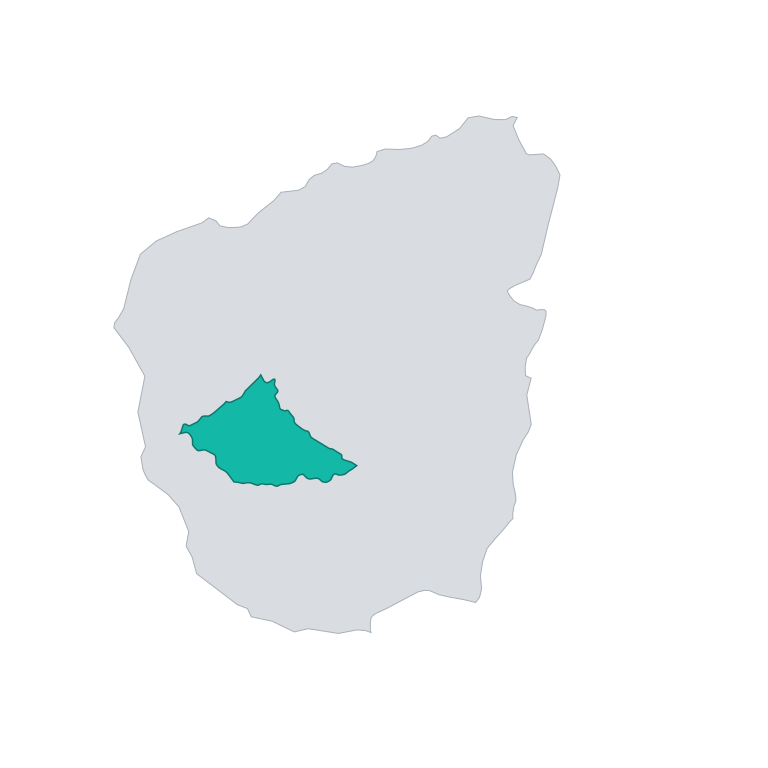 Florida on a map of Uruguay (orthographic projection), rotated 61°
{"feature_id": "URY-18", "entity_name": "Florida", "entity_type": "Department", "adm_level": 1, "iso_a3": "URY", "parent_name": "Uruguay", "parent_adm1": "", "projection": "orthographic", "projection_center": [-55.814, -33.776], "detail": "fine", "context": "in_parent", "style": "filled", "palette": "teal", "viewbox_px": 768, "rotation_deg": 61, "n_neighbors": 0, "source": "natural_earth", "source_scale": "10m", "svg_char_len": 4996}
<svg xmlns="http://www.w3.org/2000/svg" viewBox="0 0 768 768"><g transform="rotate(61 384 384)"><path d="M595.1,515.8L590.7,519.7L585.9,527.0L580.1,544.7L561.3,568.9L557.3,582.7L537.3,596.8L523.3,612.9L514.2,612.3L506.0,619.2L459.1,639.8L442.3,635.7L429.9,635.7L418.4,626.3L392.1,622.9L375.6,626.6L353.4,636.9L346.7,636.8L341.9,636.2L329.9,632.0L323.3,623.0L289.1,612.8L261.3,589.4L228.7,589.4L203.8,592.9L199.9,589.9L197.2,583.8L191.9,575.1L169.9,554.6L152.4,534.2L148.5,513.8L150.3,491.5L154.8,465.0L153.7,456.7L159.9,451.9L166.2,450.8L172.1,443.8L177.2,433.4L178.0,425.6L173.5,411.2L170.1,391.1L166.4,381.1L173.0,365.1L173.2,357.3L169.0,350.6L167.7,343.7L169.4,336.5L168.9,329.6L166.2,323.1L168.0,317.6L174.4,313.1L179.1,306.4L182.1,297.4L183.6,290.5L183.5,285.8L181.5,281.4L177.4,277.3L179.1,269.0L186.6,256.4L191.3,245.3L193.4,235.6L193.1,227.9L190.4,222.0L191.5,218.0L196.2,215.8L198.2,209.5L197.2,194.0L192.0,181.3L195.6,171.1L206.2,159.2L211.7,149.6L212.1,142.4L215.4,138.2L220.7,145.9L236.1,147.7L251.6,147.8L254.1,145.8L260.1,132.9L268.1,129.2L276.8,128.2L286.4,128.7L296.7,137.0L325.6,164.4L346.8,183.5L353.2,192.5L358.8,199.2L363.0,205.5L361.3,221.9L361.5,229.1L362.5,231.1L367.3,231.3L374.4,230.1L380.4,226.6L385.1,221.4L389.7,217.1L393.4,214.8L394.7,211.3L396.8,207.7L399.0,207.0L403.2,209.6L413.0,219.0L420.5,227.7L422.4,232.7L425.3,237.8L428.4,242.4L430.5,246.8L437.9,252.5L445.3,256.2L450.3,252.5L462.9,264.5L490.7,274.8L495.7,280.8L500.4,289.5L510.0,302.5L523.3,314.4L534.0,319.5L544.3,322.5L550.1,325.2L554.0,329.7L560.2,334.6L564.2,336.5L565.4,340.8L569.3,350.3L573.4,362.3L577.8,373.5L587.6,384.3L598.7,392.8L610.3,397.8L616.8,403.8L619.5,409.8L611.4,418.6L602.5,429.6L594.8,438.2L586.9,444.2L584.2,448.4L582.3,455.0L581.6,489.9L580.7,502.9L581.2,506.3L582.2,508.7L587.0,512.2L592.8,515.3L595.1,515.8Z" fill="#d9dde1" stroke="#a8b0b8" stroke-width="1"/><path d="M429.1,456.8L430.1,456.3L431.3,455.5L436.2,450.8L437.7,449.8L442.2,447.4L443.0,453.1L443.1,456.8L443.9,461.6L443.8,462.6L443.4,464.0L442.4,466.5L441.8,467.6L441.2,468.3L439.9,469.2L439.5,469.6L439.2,470.0L438.9,470.6L438.8,471.2L438.9,472.3L439.1,473.0L440.8,475.3L441.4,476.1L441.9,477.0L442.1,477.6L442.2,478.1L442.2,480.1L442.1,481.5L441.8,482.3L441.4,483.2L440.3,484.5L439.8,485.1L439.3,485.4L436.3,486.5L435.3,487.0L434.6,487.5L434.3,487.8L434.2,487.9L434.0,488.1L433.6,488.9L433.0,490.1L431.4,494.5L431.0,495.2L430.1,496.1L429.5,496.6L428.9,497.0L427.9,497.4L425.1,498.1L424.1,498.5L423.7,498.8L423.3,499.4L423.0,500.2L422.6,501.9L422.6,502.8L422.7,503.6L422.9,504.1L423.1,504.6L425.3,508.1L425.6,508.6L425.7,509.1L425.9,509.7L425.9,510.4L425.9,511.0L425.6,513.8L425.3,515.1L422.3,521.9L421.9,523.0L421.7,526.5L421.4,527.3L420.9,528.0L419.8,529.0L418.0,530.2L417.2,530.9L416.9,531.2L416.2,532.6L415.0,535.4L414.1,536.7L413.1,537.8L412.5,538.6L412.0,539.3L411.7,540.7L411.7,541.5L411.7,542.1L411.6,542.7L411.4,543.3L411.1,543.9L410.5,544.6L406.2,548.3L405.2,549.4L404.8,550.1L404.3,551.0L403.5,552.8L402.9,554.7L402.6,555.5L401.9,556.4L399.5,559.0L396.9,562.7L385.9,564.2L383.5,565.0L377.6,568.7L376.8,569.0L375.8,569.2L373.8,569.5L372.8,569.5L372.1,569.4L367.5,567.1L365.7,566.5L364.5,566.5L363.7,566.5L355.8,571.7L355.0,572.4L354.5,573.1L354.2,573.6L353.1,577.0L352.4,578.5L351.7,579.3L350.8,579.7L346.4,580.7L345.0,580.8L344.0,580.7L340.1,578.6L339.1,578.2L338.2,578.1L337.0,578.0L334.3,578.2L332.9,578.6L331.7,579.1L330.9,579.6L330.0,581.3L328.5,586.7L327.8,585.3L327.4,584.7L322.5,579.5L322.3,579.0L322.3,578.3L322.7,577.4L323.1,576.8L323.6,576.5L325.2,575.6L325.6,575.2L325.9,574.8L326.2,574.3L326.4,573.3L326.7,566.3L326.6,565.3L326.2,563.7L324.5,559.6L324.4,559.1L324.4,558.4L324.6,557.6L324.8,557.0L326.7,553.6L326.9,553.1L327.1,552.2L327.1,551.0L326.7,546.7L324.0,533.9L322.8,530.5L323.8,529.6L324.6,528.8L324.9,528.4L325.1,527.9L325.4,527.4L325.6,526.8L325.7,526.2L325.8,525.5L326.3,515.7L326.1,514.7L325.7,513.6L324.1,510.6L322.8,508.6L317.7,490.2L316.3,487.4L323.3,487.5L324.0,487.3L324.8,486.9L325.9,486.0L326.4,485.3L326.6,484.5L326.6,481.9L326.2,479.4L326.2,478.7L326.3,478.1L326.5,477.6L327.0,477.3L327.9,477.5L328.4,477.8L329.2,478.6L329.6,479.0L330.9,479.8L331.9,480.3L332.5,480.5L333.2,480.5L337.3,480.0L338.0,480.0L338.6,480.2L339.0,480.5L339.4,480.9L339.6,481.3L339.8,481.8L340.5,483.9L340.8,484.4L341.1,484.8L341.5,485.2L342.0,485.4L342.5,485.6L343.2,485.7L348.2,485.3L350.6,485.6L354.9,486.9L355.6,486.8L356.3,486.5L357.1,485.8L358.9,484.4L359.4,483.8L359.7,483.1L359.9,481.9L360.2,481.3L360.6,480.9L361.5,480.6L364.4,480.3L369.1,479.4L369.7,479.4L370.4,479.5L370.9,479.6L372.4,480.4L372.9,480.6L373.5,480.8L374.8,480.8L375.5,480.8L378.4,479.8L383.9,477.3L386.2,475.8L387.0,475.1L387.6,474.4L387.9,474.0L388.4,473.6L389.0,473.3L390.1,473.1L390.9,473.2L394.1,473.7L394.8,473.7L396.8,472.9L413.7,463.3L415.5,461.1L416.3,460.3L421.1,457.8L423.1,456.5L425.1,455.5L425.9,455.6L426.5,455.8L427.9,456.6L428.5,456.8L429.1,456.8Z" fill="#14b8a6" stroke="#0f766e" stroke-width="1.5"/></g></svg>